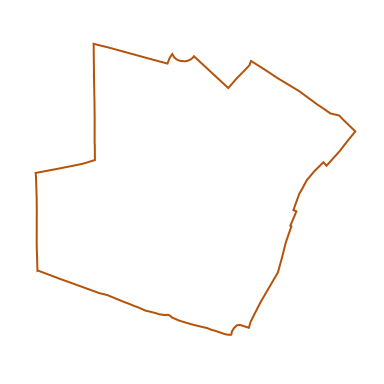 Bistret, Dolj, Romania (Robinson projection), rotated 275°
{"feature_id": "2599482B85941716233040", "entity_name": "Bistret", "entity_type": "district", "adm_level": 2, "iso_a3": "ROU", "parent_name": "Romania", "parent_adm1": "Dolj", "projection": "robinson", "projection_center": [23.492, 43.88], "detail": "fine", "context": "isolated", "style": "outline", "palette": "amber", "viewbox_px": 384, "rotation_deg": 275, "n_neighbors": 0, "source": "geoboundaries", "source_scale": "gbopen_adm2", "svg_char_len": 1708}
<svg xmlns="http://www.w3.org/2000/svg" viewBox="0 0 384 384"><g transform="rotate(275 192 192)"><path d="M327.7,160.3L324.1,158.3L322.2,157.6L317.8,156.4L318.0,155.2L320.8,139.4L321.9,133.3L328.7,96.1L330.2,86.2L330.6,84.0L331.0,81.1L297.9,84.4L298.0,84.3L275.2,86.8L256.9,88.6L231.4,90.8L231.0,91.0L215.4,92.5L210.6,80.7L207.2,69.2L203.5,56.5L197.5,35.1L197.4,34.6L193.0,35.3L186.4,36.1L173.1,37.7L165.0,38.5L159.8,39.0L151.3,39.7L143.3,40.4L133.8,41.2L125.7,41.9L108.7,43.9L100.1,44.9L100.3,45.2L99.5,48.2L94.0,67.8L85.2,100.9L84.7,103.0L83.2,108.3L82.5,113.1L81.8,117.4L81.2,118.8L80.4,121.5L78.6,127.2L76.3,134.6L75.1,139.2L73.7,143.5L73.1,145.5L72.7,147.3L72.0,149.5L71.2,151.9L70.3,154.5L69.8,155.8L69.2,160.3L68.4,165.0L68.0,167.3L67.4,169.6L67.2,172.4L67.1,173.8L67.2,175.0L67.1,177.0L67.4,177.5L67.5,179.3L66.8,180.9L66.1,181.9L65.6,182.3L65.3,182.9L64.7,184.7L64.0,186.7L62.9,190.0L62.4,192.1L60.2,202.8L59.4,207.7L58.7,212.4L57.7,219.2L56.8,222.1L56.5,223.2L56.1,225.3L55.6,227.8L53.3,237.0L53.1,238.6L53.0,239.8L53.0,242.0L53.2,243.4L53.9,243.7L56.3,243.8L59.6,245.4L63.0,248.1L63.8,251.3L61.7,260.5L66.8,261.5L67.2,261.5L75.4,264.7L88.2,269.9L119.4,284.6L135.2,287.5L149.7,289.8L166.5,294.0L167.0,292.9L181.8,297.7L182.8,294.6L199.5,299.0L203.7,301.0L213.9,305.4L223.4,312.1L233.1,320.3L229.9,323.7L245.4,335.4L255.5,341.9L266.6,349.4L276.9,336.7L281.0,332.0L282.3,323.1L288.4,312.4L289.9,309.5L301.9,289.8L313.0,267.1L317.9,258.2L327.7,239.4L324.6,238.5L323.6,238.4L318.4,234.3L308.4,226.1L298.7,219.1L301.4,215.6L327.4,182.1L325.6,180.9L324.0,179.1L322.4,176.4L321.6,174.0L321.6,169.2L322.1,166.6L323.2,164.4L324.9,162.3L327.7,160.3Z" fill="none" stroke="#b45309" stroke-width="2"/></g></svg>